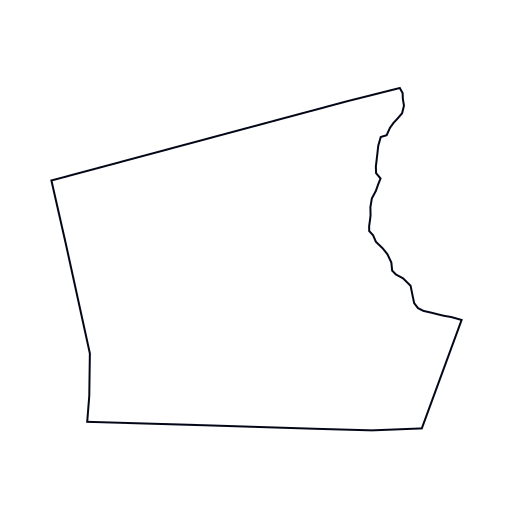 the district of Alto Alegre do Maranhão, Maranhão, Brazil, rotated 275°
{"feature_id": "56859067B93761697279907", "entity_name": "Alto Alegre do Maranhão", "entity_type": "district", "adm_level": 2, "iso_a3": "BRA", "parent_name": "Brazil", "parent_adm1": "Maranhão", "projection": "natural_earth1", "projection_center": [-44.362, -4.21], "detail": "fine", "context": "isolated", "style": "outline", "palette": "ink", "viewbox_px": 512, "rotation_deg": 275, "n_neighbors": 0, "source": "geoboundaries", "source_scale": "gbopen_adm2", "svg_char_len": 805}
<svg xmlns="http://www.w3.org/2000/svg" viewBox="0 0 512 512"><g transform="rotate(275 256 256)"><path d="M435.9,384.6L418.3,333.8L357.0,165.4L313.4,45.6L251.5,65.5L144.4,99.0L102.1,102.1L76.1,102.3L83.0,221.3L88.7,323.9L89.2,332.9L92.4,386.7L98.7,436.2L210.2,466.4L212.2,456.0L212.8,448.6L213.6,443.1L214.9,435.1L215.9,427.6L218.2,421.9L222.8,417.7L229.6,415.6L239.8,412.6L246.6,404.4L249.7,397.1L253.3,392.9L261.3,391.4L269.3,386.7L274.7,381.5L280.6,374.2L286.9,370.8L290.7,366.6L295.6,366.1L301.0,366.4L306.4,366.6L314.6,365.7L323.5,366.4L331.2,369.7L337.8,371.4L344.1,373.3L349.0,368.4L355.6,367.6L365.3,367.9L376.6,368.2L385.4,369.9L387.7,375.6L395.4,378.3L400.5,381.3L404.7,384.6L410.9,389.1L418.6,390.3L425.8,388.5L431.0,387.9L435.9,384.6Z" fill="none" stroke="#020617" stroke-width="2"/></g></svg>